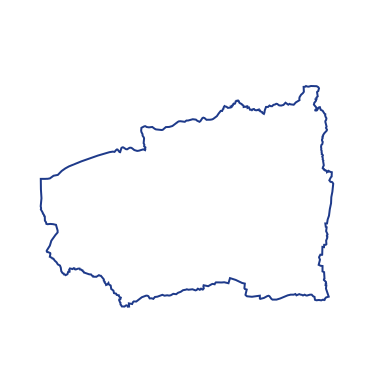 the district of Lam Thap, Nakhon Si Thammarat, Thailand, rotated 99°
{"feature_id": "78962969B74032961244175", "entity_name": "Lam Thap", "entity_type": "district", "adm_level": 2, "iso_a3": "THA", "parent_name": "Thailand", "parent_adm1": "Nakhon Si Thammarat", "projection": "orthographic", "projection_center": [99.32, 8.036], "detail": "fine", "context": "isolated", "style": "outline", "palette": "blue", "viewbox_px": 384, "rotation_deg": 99, "n_neighbors": 0, "source": "geoboundaries", "source_scale": "gbopen_adm2", "svg_char_len": 5912}
<svg xmlns="http://www.w3.org/2000/svg" viewBox="0 0 384 384"><g transform="rotate(99 192 192)"><path d="M283.4,88.3L279.1,81.3L277.9,78.3L277.5,75.5L276.6,73.9L277.7,72.7L276.1,70.1L276.4,68.8L276.4,67.4L276.8,66.2L275.8,64.7L276.3,63.2L276.3,62.3L274.9,59.3L274.7,57.7L276.1,55.9L276.4,54.6L279.2,53.7L279.5,52.3L278.8,49.7L278.8,47.4L277.8,45.7L278.1,44.6L277.8,44.1L276.4,43.9L275.1,43.0L274.0,40.6L266.4,44.6L263.3,44.7L263.2,45.5L261.6,45.6L261.4,45.2L259.8,45.7L258.2,48.0L257.4,48.0L256.8,47.6L250.5,49.0L250.0,50.7L244.7,51.5L244.7,53.5L244.1,55.5L238.9,55.0L236.6,56.3L236.1,56.2L233.8,55.4L233.8,53.8L233.6,53.6L225.8,54.6L225.8,53.0L223.5,53.2L223.2,51.6L222.5,51.1L219.0,51.9L216.0,51.2L215.1,51.7L214.5,51.4L213.7,52.0L212.6,51.5L209.7,53.4L205.7,53.5L205.5,54.4L202.2,55.4L201.9,53.7L197.9,53.7L194.0,53.0L187.3,53.2L181.4,52.9L175.3,53.6L169.9,53.4L161.7,53.8L160.5,54.8L160.2,55.5L160.3,56.8L159.0,58.2L155.6,57.1L154.9,56.5L150.6,57.0L150.5,58.4L149.7,60.7L150.0,61.0L150.3,60.4L150.6,60.4L150.8,61.3L151.3,61.8L150.7,62.0L149.9,62.9L149.6,63.6L149.9,63.9L149.4,64.6L149.3,65.3L148.8,65.7L148.5,65.6L148.1,66.6L147.2,66.6L145.0,66.0L141.1,67.3L140.4,67.2L139.5,68.0L138.1,68.1L136.6,68.9L135.6,68.4L134.8,68.8L134.3,69.8L133.3,69.8L132.3,70.3L131.2,70.3L130.2,71.0L128.7,71.1L127.3,71.6L125.4,71.6L124.3,70.8L122.1,70.7L120.9,71.6L120.0,71.8L118.8,71.5L118.3,71.7L118.0,71.4L116.7,71.8L116.2,71.3L115.3,71.4L113.4,70.6L110.4,68.6L109.4,68.4L107.7,69.7L106.4,69.3L101.8,71.3L100.8,71.3L99.8,70.8L98.1,70.8L96.9,71.8L95.4,72.5L94.3,72.5L93.9,73.4L91.3,75.7L90.7,77.7L88.2,79.0L88.5,79.8L89.2,80.3L91.7,81.3L92.2,82.2L92.1,83.0L91.4,83.0L90.4,82.1L89.4,82.1L86.6,85.3L84.6,85.1L83.1,84.1L82.1,83.8L81.1,84.5L80.5,83.5L79.3,83.9L77.9,82.8L73.9,84.1L73.4,84.0L72.6,83.1L69.7,82.8L68.7,83.7L68.0,85.4L68.7,91.1L69.7,93.2L69.8,95.0L69.5,96.0L70.3,96.7L70.7,98.2L75.5,97.2L77.1,98.0L78.9,99.5L81.6,100.6L82.9,100.6L84.5,100.2L87.2,103.4L89.9,105.2L90.0,108.4L89.7,109.5L90.7,110.6L89.2,113.6L91.7,115.3L92.7,117.5L92.8,119.5L91.7,121.6L91.7,122.6L92.6,123.7L93.2,125.2L94.7,126.3L94.9,127.6L94.5,129.0L96.1,130.2L96.4,132.2L100.0,132.9L102.3,132.9L103.6,133.2L103.0,134.7L102.1,135.2L101.6,137.3L100.8,137.6L100.8,139.1L100.2,139.1L101.3,141.4L101.1,142.9L100.4,143.6L100.5,144.5L101.8,145.6L101.4,146.2L101.7,147.5L99.5,149.1L100.3,150.3L98.7,150.8L98.9,151.6L99.5,152.2L99.4,152.7L100.0,154.3L98.6,154.7L97.9,156.2L97.2,156.9L97.1,157.8L96.3,159.3L94.9,160.0L94.4,160.9L95.1,161.6L95.0,162.3L95.4,162.4L95.6,163.0L97.9,163.3L98.5,164.3L98.3,164.7L98.9,165.1L100.1,165.2L100.5,166.1L101.3,166.0L101.4,166.5L101.7,166.2L102.1,166.5L101.9,167.1L102.6,167.4L103.3,169.7L102.4,171.3L102.4,172.3L102.0,173.3L103.2,173.9L105.0,174.0L105.4,174.5L107.2,174.9L107.4,176.3L110.2,177.9L113.2,179.3L116.5,182.5L117.2,183.6L117.8,185.5L118.4,189.0L117.0,191.2L116.8,192.5L117.4,193.3L120.7,194.8L121.5,195.6L120.8,198.0L119.9,199.5L120.0,202.6L122.0,207.0L122.3,208.7L123.8,210.1L123.9,214.5L124.3,216.1L124.9,216.9L129.9,221.7L131.3,224.7L132.0,228.0L135.1,230.6L135.5,231.5L135.8,237.4L135.4,238.7L134.0,241.4L134.9,244.7L134.9,246.9L134.3,248.4L134.6,249.4L136.5,252.0L139.5,251.8L140.9,251.2L142.6,249.9L144.1,249.6L145.7,248.1L146.7,247.7L151.4,247.4L152.6,246.5L154.4,246.4L155.2,245.0L156.3,245.2L156.9,244.8L158.0,244.9L157.5,246.8L159.5,250.9L160.0,252.6L159.6,255.5L158.1,258.2L157.8,259.3L158.1,260.6L160.0,262.8L160.0,264.0L158.7,266.8L158.8,267.8L159.6,268.6L163.9,269.2L163.9,269.8L161.7,272.2L161.7,272.8L162.4,273.5L164.5,274.8L164.5,276.5L165.6,279.8L170.7,290.6L179.0,306.0L186.0,317.6L188.5,320.8L191.6,324.0L196.1,327.2L197.6,331.3L200.8,334.5L201.6,336.9L202.7,343.4L213.2,341.6L221.7,339.7L229.8,339.2L231.6,338.5L232.8,338.6L235.9,336.1L236.7,335.9L237.4,334.9L238.9,334.2L239.1,333.6L243.3,332.8L244.7,331.5L246.3,330.8L246.4,329.6L245.7,327.0L245.5,324.1L245.7,321.2L251.1,318.7L253.0,318.4L255.7,320.1L262.1,323.3L267.2,324.0L272.6,326.3L273.3,326.2L274.0,325.6L273.9,324.6L274.5,322.5L275.3,322.2L278.2,322.3L278.3,321.7L278.7,321.1L278.8,320.3L279.6,319.4L279.5,318.5L281.2,316.9L282.6,314.8L284.5,313.2L285.3,310.9L287.2,309.8L290.7,308.7L292.5,307.0L292.6,306.0L293.5,305.4L293.4,304.6L293.9,303.8L292.7,302.2L290.2,301.8L290.0,300.5L289.0,300.5L288.2,301.2L286.6,300.6L286.8,297.9L285.8,297.0L285.8,296.1L286.6,295.7L286.7,294.7L285.5,292.5L285.2,291.0L286.1,290.4L286.0,289.2L286.5,288.6L286.5,287.9L287.3,287.5L287.6,286.6L288.4,286.2L289.4,280.6L289.2,278.9L290.3,277.6L290.4,276.8L291.1,276.4L290.7,273.2L288.7,270.9L289.1,269.6L289.0,268.9L292.1,265.4L293.4,265.3L294.2,264.2L295.0,264.2L296.2,262.8L297.3,262.3L296.7,261.3L295.0,260.3L296.2,259.8L297.1,257.7L300.4,256.6L301.7,254.2L304.1,253.2L304.3,251.0L305.4,250.3L305.5,248.1L306.2,248.0L306.8,247.3L307.4,246.5L307.5,245.8L309.1,246.0L309.4,247.0L310.1,247.1L312.1,245.9L312.6,245.3L313.8,245.2L314.5,244.8L314.7,244.4L316.0,243.4L315.7,240.7L314.6,239.8L314.2,239.0L314.3,238.0L315.3,237.5L315.0,236.2L311.9,236.9L312.0,233.6L310.1,233.1L309.2,232.4L308.9,229.9L303.8,225.1L301.6,221.2L301.4,220.1L301.7,218.8L303.7,217.2L303.3,215.1L303.6,213.5L301.5,212.2L300.8,209.8L298.2,205.2L298.7,202.9L297.9,200.4L297.9,198.4L297.3,196.8L295.5,194.6L295.4,191.6L293.7,190.0L292.4,187.6L290.4,185.5L289.4,182.7L288.9,181.9L289.1,180.2L288.0,176.3L288.6,173.2L288.1,172.1L286.6,171.2L286.7,170.3L287.4,169.3L287.2,168.7L286.1,168.1L286.1,167.4L286.7,166.6L286.6,166.0L285.4,165.3L283.4,166.0L282.3,165.9L282.5,161.3L279.9,158.0L279.5,157.1L279.6,155.2L278.5,154.9L277.5,154.2L276.7,148.4L276.1,146.1L276.4,141.7L271.1,141.0L272.0,135.1L274.0,128.3L274.2,125.5L278.8,125.2L279.5,124.6L279.8,122.7L285.1,123.1L285.5,122.9L286.4,121.3L286.1,116.4L283.8,108.8L286.6,108.3L286.9,107.9L285.4,104.4L283.0,101.3L282.5,100.1L282.8,99.2L285.1,96.9L285.7,95.7L285.1,91.8L283.4,88.3Z" fill="none" stroke="#1e3a8a" stroke-width="2"/></g></svg>